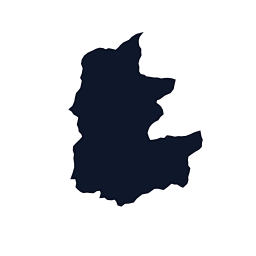 outline of Ribeirão das Neves, Minas Gerais, Brazil, rotated 43°
{"feature_id": "56859067B16245671145058", "entity_name": "Ribeirão das Neves", "entity_type": "district", "adm_level": 2, "iso_a3": "BRA", "parent_name": "Brazil", "parent_adm1": "Minas Gerais", "projection": "equal_earth", "projection_center": [-44.069, -19.777], "detail": "fine", "context": "isolated", "style": "filled", "palette": "ink", "viewbox_px": 256, "rotation_deg": 43, "n_neighbors": 0, "source": "geoboundaries", "source_scale": "gbopen_adm2", "svg_char_len": 1956}
<svg xmlns="http://www.w3.org/2000/svg" viewBox="0 0 256 256"><g transform="rotate(43 128 128)"><path d="M208.3,133.7L208.7,128.5L207.0,125.2L204.9,123.4L202.6,118.8L200.5,115.5L197.3,115.1L195.2,112.8L192.9,110.9L190.9,107.8L191.6,104.1L192.6,99.6L194.0,95.2L194.1,91.7L191.6,88.8L190.2,86.2L186.9,84.6L182.8,81.5L180.1,86.3L178.3,90.8L176.2,94.9L173.3,98.1L170.7,100.3L168.8,102.9L164.7,105.3L162.1,107.2L162.0,111.1L159.0,113.2L157.1,117.0L154.7,120.2L152.6,122.5L148.6,120.8L145.1,118.8L143.6,115.8L142.4,112.6L142.2,108.7L142.7,105.4L144.1,101.5L143.5,97.7L143.9,94.0L140.8,91.6L137.2,90.5L134.4,90.5L131.4,91.0L129.4,88.1L131.1,84.8L132.1,79.0L134.6,73.2L134.1,68.5L131.8,64.9L129.6,61.0L126.6,62.4L123.8,64.4L121.1,67.0L119.2,69.6L115.8,71.4L112.8,74.1L109.0,76.6L106.4,78.5L103.9,78.6L100.7,80.6L97.2,79.7L94.1,76.1L91.2,74.3L89.0,70.5L87.7,66.0L85.7,64.4L83.5,61.8L79.8,60.9L77.4,59.0L75.2,56.7L73.7,53.4L73.4,49.4L70.6,53.9L69.3,59.0L69.3,63.0L66.9,68.9L66.6,72.4L66.7,76.1L66.3,79.7L63.0,81.5L59.9,83.4L58.6,86.4L55.8,87.1L53.1,89.1L51.3,92.1L49.8,96.2L48.0,100.4L47.3,104.9L48.1,109.0L50.4,112.6L54.6,114.6L57.7,119.3L59.3,123.4L62.4,124.2L64.5,127.6L66.6,131.2L67.0,137.9L69.1,141.6L71.2,144.7L73.0,149.7L72.5,154.2L75.5,153.7L79.1,154.5L82.5,153.6L85.0,153.5L86.6,156.2L88.8,159.9L91.9,161.2L94.7,163.5L98.4,163.7L101.1,165.2L101.3,169.3L101.0,174.0L101.0,178.5L103.4,181.5L107.0,183.5L109.3,186.9L113.2,190.0L116.1,193.0L119.0,198.7L121.0,203.5L124.3,200.4L128.2,203.0L130.4,206.4L133.2,206.6L136.5,206.4L139.2,205.5L141.7,202.6L144.6,200.5L146.7,198.7L147.6,195.0L150.1,192.1L153.1,193.7L155.1,197.6L158.1,194.2L161.7,194.0L164.9,191.4L166.8,188.6L170.1,189.3L173.2,190.9L176.1,189.5L176.8,185.1L179.4,182.5L182.2,178.5L181.9,173.4L182.9,166.6L186.6,161.6L187.5,157.4L188.1,154.1L191.1,151.2L195.7,148.6L196.5,144.0L197.1,138.6L200.0,137.1L202.2,135.1L205.8,134.4L208.3,133.7Z" fill="#0f172a" stroke="#020617" stroke-width="1.5"/></g></svg>